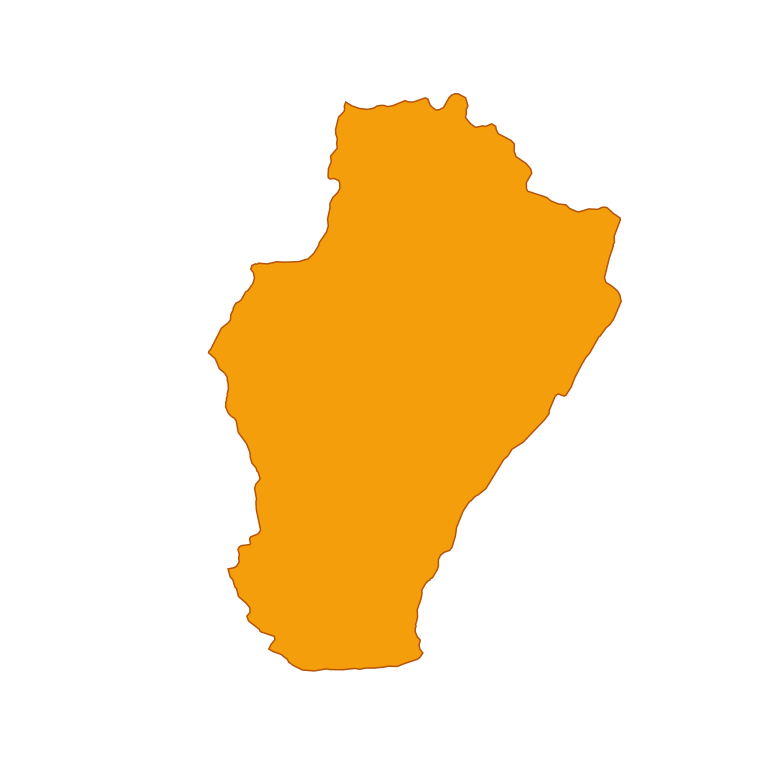 outline of San Pedro Pinula, Jalapa, Guatemala, rotated 208°
{"feature_id": "79465075B26197491104474", "entity_name": "San Pedro Pinula", "entity_type": "district", "adm_level": 2, "iso_a3": "GTM", "parent_name": "Guatemala", "parent_adm1": "Jalapa", "projection": "orthographic", "projection_center": [-89.845, 14.713], "detail": "fine", "context": "isolated", "style": "filled", "palette": "amber", "viewbox_px": 768, "rotation_deg": 208, "n_neighbors": 0, "source": "geoboundaries", "source_scale": "gbopen_adm2", "svg_char_len": 3450}
<svg xmlns="http://www.w3.org/2000/svg" viewBox="0 0 768 768"><g transform="rotate(208 384 384)"><path d="M361.3,95.9L356.4,95.7L348.2,96.9L340.1,95.5L337.4,93.6L331.6,92.9L321.8,93.2L310.9,97.9L301.0,105.5L298.0,106.3L286.2,112.4L276.1,119.2L271.4,120.8L266.8,124.6L258.8,128.9L250.1,134.7L248.0,136.7L239.7,140.8L235.4,146.0L225.4,156.5L224.0,159.1L223.4,164.7L228.1,166.9L230.6,170.2L231.2,172.6L231.3,174.0L232.1,175.0L236.0,176.5L239.8,179.6L241.5,182.4L242.0,185.3L243.2,186.4L243.5,188.2L243.8,189.9L245.0,194.0L248.7,200.4L250.5,212.0L252.3,217.4L253.9,219.8L253.6,227.2L252.5,231.3L251.5,232.5L251.6,233.9L250.2,235.9L249.8,245.3L250.6,249.1L253.5,254.4L253.7,259.3L251.9,263.7L247.9,267.9L247.3,271.7L249.6,283.3L252.6,291.5L254.5,308.9L253.4,320.2L252.3,321.7L251.1,326.9L248.8,330.5L244.9,339.4L242.8,373.8L241.0,378.2L240.4,386.5L233.9,397.8L225.4,428.1L224.3,435.4L225.7,438.4L227.1,453.1L226.3,455.8L225.4,457.0L219.2,457.9L218.1,459.5L217.3,469.2L218.5,479.4L218.6,494.7L218.2,502.5L216.9,507.9L216.5,526.5L215.7,527.7L214.3,537.9L212.4,542.8L211.7,549.7L213.4,568.3L217.7,573.4L221.7,575.8L228.9,577.4L235.7,577.9L239.2,581.3L244.1,600.5L246.3,613.5L247.2,614.7L247.0,617.2L250.1,622.5L252.4,639.9L253.5,641.4L261.7,642.3L269.7,644.4L272.1,643.8L274.5,642.2L277.2,638.6L285.4,634.7L292.4,627.7L295.1,626.7L302.4,626.1L307.6,627.6L314.4,624.9L322.7,624.0L327.9,625.1L347.5,621.7L349.8,623.2L352.9,628.7L352.5,639.5L355.4,642.7L362.0,645.4L374.2,646.8L378.5,650.8L381.6,657.1L386.1,658.7L400.7,658.6L404.2,661.2L406.3,663.9L410.9,664.3L415.3,659.1L418.0,658.3L423.5,653.6L429.7,654.4L437.3,657.6L438.1,661.2L440.3,665.1L440.5,669.0L446.3,675.0L454.5,675.1L457.8,673.4L460.1,670.5L461.0,667.4L461.2,656.1L464.0,652.1L466.9,650.3L470.8,650.9L474.0,651.8L479.0,656.2L481.9,656.0L490.8,646.4L495.1,644.5L498.4,644.1L507.0,633.7L511.3,630.5L514.7,630.0L518.0,628.3L521.2,625.6L521.5,624.2L523.7,621.7L527.7,618.6L535.2,615.7L542.9,614.5L550.2,615.0L549.4,610.3L548.1,608.8L547.2,606.0L549.4,598.3L546.3,586.2L544.1,582.3L540.3,578.5L538.9,574.5L536.0,570.2L538.2,560.3L534.9,555.5L534.2,548.2L531.1,541.5L529.9,539.9L527.9,539.7L524.7,541.9L519.4,542.4L517.0,540.0L514.7,535.8L514.8,531.3L516.8,524.4L516.5,518.1L514.3,513.9L511.3,503.3L507.3,497.2L506.1,491.0L507.5,478.8L506.8,475.2L507.3,466.3L509.7,459.0L516.6,452.1L528.9,444.9L536.0,441.6L543.5,435.2L551.7,431.7L552.1,430.3L553.9,429.7L556.3,426.6L555.5,422.8L551.7,421.1L548.1,416.8L546.9,411.1L548.0,402.8L549.4,400.3L549.5,391.5L550.5,388.7L552.7,386.0L552.8,380.1L552.1,379.2L551.8,373.4L549.7,368.3L550.3,364.9L553.8,357.0L553.3,333.3L554.0,330.6L553.5,329.1L545.1,327.2L536.2,320.1L529.6,318.7L525.5,316.3L523.8,313.2L522.3,311.9L518.9,306.3L517.9,301.7L516.9,300.6L516.2,296.8L515.3,295.6L515.2,293.7L512.9,289.2L507.6,285.0L503.4,283.7L500.0,283.5L497.1,282.0L489.9,272.8L477.3,266.8L470.0,260.4L467.6,256.4L463.5,252.2L457.3,249.6L455.2,247.4L453.4,246.9L448.8,241.9L450.1,235.4L449.2,231.1L442.3,222.2L442.0,220.3L437.8,213.2L424.4,197.1L424.7,192.7L429.9,186.5L430.0,184.0L427.1,180.7L427.0,179.3L434.1,174.3L435.4,171.9L435.3,169.4L431.6,165.5L430.9,162.6L428.3,158.8L428.7,153.9L430.1,151.5L434.9,147.5L429.1,141.4L425.5,140.1L420.4,134.8L418.2,134.1L412.6,128.0L402.6,125.7L397.4,123.4L395.0,119.3L396.1,114.7L392.4,111.2L378.9,108.9L377.9,107.8L376.0,107.4L362.3,109.7L360.3,107.1L361.4,101.3L361.3,95.9Z" fill="#f59e0b" stroke="#b45309" stroke-width="1.5"/></g></svg>